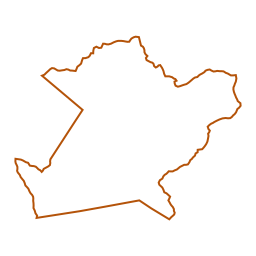 Ibaretama, Ceará, Brazil (Mercator projection)
{"feature_id": "56859067B69823963674642", "entity_name": "Ibaretama", "entity_type": "district", "adm_level": 2, "iso_a3": "BRA", "parent_name": "Brazil", "parent_adm1": "Ceará", "projection": "mercator", "projection_center": [-38.701, -4.773], "detail": "fine", "context": "isolated", "style": "outline", "palette": "amber", "viewbox_px": 256, "rotation_deg": 0, "n_neighbors": 0, "source": "geoboundaries", "source_scale": "gbopen_adm2", "svg_char_len": 3096}
<svg xmlns="http://www.w3.org/2000/svg" viewBox="0 0 256 256"><path d="M103.1,43.7L102.2,45.7L101.3,47.7L99.0,48.0L96.4,46.7L93.9,48.0L93.3,50.8L93.2,53.3L91.0,53.2L89.7,55.8L88.3,57.2L85.5,58.1L83.0,58.1L82.1,60.2L81.1,63.6L79.4,65.2L77.4,66.7L76.3,69.5L75.6,71.0L72.2,70.6L70.1,70.5L68.4,69.6L66.4,69.2L64.4,70.0L62.2,70.3L59.7,70.7L57.7,70.5L54.2,68.4L52.0,68.1L50.3,69.1L48.4,70.9L46.2,72.9L44.4,74.7L42.0,75.7L82.6,109.9L76.2,119.6L50.4,159.3L50.1,161.4L50.3,163.0L49.9,165.1L48.1,166.5L45.7,167.8L43.7,168.9L42.9,170.6L41.7,171.9L40.3,170.3L38.4,169.3L37.3,168.1L35.8,166.7L33.8,166.1L32.1,166.0L29.8,165.6L28.1,162.8L25.9,162.2L23.0,160.5L20.9,159.6L15.5,158.8L15.4,161.5L15.7,163.1L16.6,164.9L17.4,166.8L17.4,169.1L17.1,170.8L17.8,172.5L18.9,173.8L19.9,175.1L20.6,177.0L22.2,179.0L23.8,180.9L24.7,183.1L25.4,185.5L26.7,186.8L28.3,188.6L29.5,191.4L30.6,193.3L32.1,194.9L33.1,196.7L33.3,198.3L33.2,200.9L33.5,203.1L33.6,205.5L33.5,208.1L34.7,210.5L35.5,213.3L37.1,215.6L36.6,217.9L79.7,211.2L104.3,206.8L133.2,201.5L139.3,200.4L151.3,208.4L169.3,219.3L171.2,217.2L172.6,216.0L174.2,214.5L174.7,212.7L173.9,210.9L173.9,209.1L172.8,207.0L171.7,205.8L170.7,204.5L169.7,202.6L168.4,200.4L169.2,198.8L170.1,196.6L168.4,195.0L166.5,193.3L164.3,192.3L163.4,189.7L162.3,187.5L161.1,186.4L159.3,184.7L158.7,182.6L159.9,180.2L162.4,178.6L163.3,176.4L164.7,174.8L166.4,173.8L167.7,172.5L168.7,171.3L171.0,171.4L172.7,171.4L174.6,170.4L176.9,169.5L178.7,168.0L180.0,166.9L182.2,165.8L184.2,164.8L186.0,164.8L187.9,164.4L189.4,162.2L190.3,160.1L191.8,159.0L192.9,157.5L195.0,155.6L195.6,153.4L197.6,152.3L197.7,149.8L199.9,149.5L202.2,149.2L203.8,147.4L204.9,146.0L206.2,144.1L207.4,141.6L208.0,138.7L208.5,135.9L208.1,133.7L209.2,132.2L209.8,130.6L208.5,129.1L207.7,126.7L209.5,124.9L211.3,123.6L212.8,123.0L214.3,122.0L216.6,120.8L219.4,119.5L222.5,118.4L225.6,118.0L228.1,118.3L230.3,118.1L232.0,116.8L233.2,115.3L234.5,114.3L236.0,112.4L236.8,110.5L237.4,109.0L239.1,107.7L240.6,105.8L240.4,103.2L239.0,102.1L237.7,101.0L237.2,99.5L236.1,97.5L235.3,95.4L234.6,93.8L233.9,91.8L233.4,89.5L233.5,87.3L234.3,85.6L234.9,83.7L235.8,81.7L236.4,78.5L235.8,75.1L233.1,75.4L230.9,75.4L229.2,74.4L227.7,73.5L225.9,72.9L223.6,71.4L221.8,71.2L219.9,71.2L217.1,70.9L215.5,71.3L213.5,71.5L211.5,70.6L209.7,69.5L207.4,69.9L205.5,70.7L204.4,72.1L202.2,73.5L200.2,74.5L198.8,75.5L197.4,77.0L195.0,77.5L193.3,78.6L191.7,80.0L190.3,81.2L188.5,82.7L186.4,84.1L184.2,84.7L182.4,85.3L180.2,86.1L177.9,86.7L175.6,85.7L174.7,83.5L174.5,81.6L176.5,80.7L175.4,79.1L173.8,78.5L172.1,77.2L169.1,76.3L167.0,76.3L165.3,76.3L164.1,73.7L163.5,71.1L162.8,69.4L162.0,67.8L160.2,65.1L158.6,65.4L157.5,66.6L155.8,67.5L154.2,66.2L153.4,63.6L152.2,62.6L150.6,62.2L146.6,60.1L145.9,58.0L147.4,56.0L145.5,54.2L144.5,52.3L144.4,50.0L143.9,48.3L142.9,46.7L141.0,45.6L138.9,37.1L137.2,36.9L135.6,36.7L133.6,37.3L131.4,38.6L130.2,40.2L129.3,41.7L127.4,41.8L125.6,41.5L123.5,41.1L121.6,40.9L119.9,40.9L118.0,40.9L116.3,41.3L113.7,42.3L111.0,43.7L108.4,44.4L106.6,44.3L104.9,43.8L103.1,43.7Z" fill="none" stroke="#b45309" stroke-width="2"/></svg>